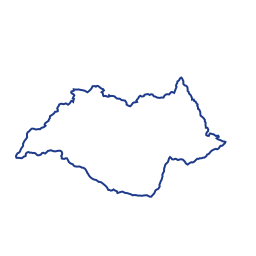 Urubici, Santa Catarina, Brazil (Mercator projection), rotated 199°
{"feature_id": "56859067B49185000150445", "entity_name": "Urubici", "entity_type": "district", "adm_level": 2, "iso_a3": "BRA", "parent_name": "Brazil", "parent_adm1": "Santa Catarina", "projection": "mercator", "projection_center": [-49.57, -28.063], "detail": "fine", "context": "isolated", "style": "outline", "palette": "blue", "viewbox_px": 256, "rotation_deg": 199, "n_neighbors": 0, "source": "geoboundaries", "source_scale": "gbopen_adm2", "svg_char_len": 5019}
<svg xmlns="http://www.w3.org/2000/svg" viewBox="0 0 256 256"><g transform="rotate(199 128 128)"><path d="M224.7,64.6L223.7,63.5L222.2,64.0L220.9,64.4L219.7,64.6L218.5,64.9L217.9,65.9L217.2,67.0L215.7,68.1L216.2,70.6L215.5,71.9L214.3,72.9L212.9,72.7L211.2,73.3L209.7,73.3L208.7,73.9L207.2,73.9L205.8,73.1L204.6,72.8L203.2,73.3L201.8,74.4L201.1,76.3L200.1,77.0L199.1,76.9L197.9,77.0L197.1,78.6L196.2,80.3L194.8,81.1L193.6,81.9L192.1,81.8L190.2,81.9L188.6,82.5L187.1,83.5L185.2,84.3L184.0,84.4L182.9,83.9L181.9,82.5L181.7,81.2L182.1,79.9L181.1,78.9L180.7,77.6L179.5,77.7L178.0,78.1L177.0,79.2L175.7,79.4L174.6,78.3L173.6,77.4L172.8,76.5L171.3,76.0L169.7,75.7L168.5,75.8L167.0,74.7L165.9,74.5L164.2,74.7L162.7,75.3L161.3,75.8L160.1,75.8L158.8,75.5L157.3,75.9L155.3,75.4L154.1,74.5L152.7,73.3L151.7,72.1L150.7,71.6L149.7,70.6L148.6,69.8L147.2,69.1L145.8,68.6L144.3,68.3L143.0,68.2L141.5,68.5L139.8,68.1L138.1,67.5L137.1,67.9L135.6,67.9L133.8,67.3L132.4,66.8L131.4,66.4L130.2,65.9L128.7,65.1L127.7,64.2L126.5,63.0L125.3,63.4L123.9,63.2L122.5,64.0L121.7,65.2L120.6,64.8L119.1,64.6L118.0,64.6L116.8,63.1L115.2,64.3L113.5,65.5L112.3,66.1L111.2,65.9L109.9,65.6L108.7,66.0L106.8,66.2L105.2,66.2L104.1,66.3L102.9,66.1L101.6,65.9L100.7,66.5L99.5,66.9L98.1,67.2L96.6,67.3L95.2,67.9L93.8,68.1L92.5,68.6L91.4,69.2L89.5,70.1L88.0,70.6L86.4,70.3L84.8,70.2L83.6,70.7L82.9,72.7L82.2,74.0L81.8,75.3L81.8,76.6L81.7,77.9L80.9,79.1L79.7,80.1L79.3,81.3L79.0,83.0L79.8,84.5L79.7,86.6L79.7,88.4L79.4,89.7L79.5,91.6L79.6,93.5L80.3,94.9L80.2,96.8L79.8,98.6L80.3,100.3L80.7,101.8L80.6,103.3L80.8,105.1L80.5,106.4L79.9,107.3L79.2,108.8L79.2,110.8L79.3,112.7L78.8,114.2L77.1,113.5L76.2,112.8L74.7,113.1L73.1,114.4L71.6,114.3L70.6,113.9L69.7,114.4L68.3,115.5L66.9,115.9L65.7,115.9L64.2,115.2L62.8,114.4L62.0,113.5L60.9,113.1L59.8,112.8L58.9,114.1L57.7,115.6L56.9,116.3L55.8,116.4L54.8,117.2L54.2,118.2L53.5,119.7L52.5,121.5L51.1,121.8L50.3,122.8L48.8,123.2L47.3,124.4L46.0,125.0L44.8,126.8L44.5,128.7L43.3,129.6L42.7,131.0L42.0,132.9L41.4,133.9L40.4,135.0L39.5,135.9L38.2,136.9L36.7,136.9L35.6,138.2L35.3,139.6L34.7,141.3L33.6,141.6L32.8,142.4L32.3,143.6L31.4,145.2L31.3,146.5L32.5,146.6L33.7,146.2L35.2,146.4L36.4,146.6L37.6,146.6L39.4,146.6L40.9,147.1L40.2,148.2L39.3,149.2L40.1,150.1L41.3,149.7L42.3,149.1L43.6,149.4L44.9,149.9L46.3,149.7L47.5,149.7L48.7,149.5L49.0,148.3L49.0,146.9L50.1,146.5L51.7,146.8L52.2,148.2L52.0,149.5L51.3,151.0L51.6,152.7L53.0,154.0L54.5,153.6L55.1,155.1L55.9,156.5L56.2,158.1L57.6,159.4L57.9,160.6L59.1,161.5L60.1,162.1L61.4,162.7L62.7,163.0L63.6,163.6L64.3,165.2L64.9,166.6L65.8,167.7L66.8,168.7L68.0,168.9L68.4,169.9L68.9,170.9L69.8,171.6L69.8,172.9L71.3,173.7L72.7,175.0L74.1,175.0L75.1,176.3L76.7,175.6L77.1,176.9L78.2,178.2L79.3,179.3L80.3,179.9L81.5,180.5L82.3,181.8L83.7,182.5L84.4,184.5L85.2,186.0L86.2,186.6L87.2,186.9L88.4,186.8L89.9,187.6L90.5,188.9L90.8,190.2L91.9,191.3L92.9,192.4L94.1,193.0L95.0,191.8L95.1,190.5L95.6,189.1L96.4,188.1L96.1,186.6L96.4,185.1L96.4,183.5L95.5,182.7L95.6,180.8L95.7,179.1L95.7,177.6L95.8,176.2L98.0,176.4L99.1,175.7L99.4,174.7L100.1,173.1L101.7,172.8L103.1,172.0L104.1,170.3L104.3,168.4L105.2,168.0L106.4,167.7L107.7,166.8L109.5,166.4L110.9,166.3L112.3,166.6L114.0,166.4L115.5,167.6L117.0,167.5L118.3,166.3L119.9,166.6L121.7,165.8L123.2,164.8L123.3,163.5L124.1,162.8L125.4,162.2L126.9,162.5L127.8,161.0L128.0,159.3L128.6,158.0L129.0,156.6L127.9,155.6L129.3,154.7L130.5,154.3L131.5,153.2L131.9,152.0L132.3,150.5L133.1,149.2L135.5,149.3L137.0,149.7L137.5,151.2L138.6,152.1L139.6,152.9L140.8,152.8L142.0,152.5L143.1,152.3L144.3,152.7L145.3,153.0L146.6,152.6L148.1,152.3L149.6,152.8L151.0,153.5L152.8,153.3L154.0,153.0L155.4,152.3L156.5,152.8L156.5,151.3L157.9,150.9L159.5,151.1L160.6,150.6L161.5,150.2L162.4,151.1L163.2,152.8L164.6,153.3L163.9,154.4L163.0,155.7L164.1,156.6L165.7,156.6L166.9,156.9L168.4,157.5L169.7,157.9L170.9,157.8L171.8,156.6L172.9,156.9L173.9,156.4L175.1,156.0L175.3,153.9L176.0,151.9L177.1,149.9L178.0,148.6L179.3,148.8L180.8,149.1L182.3,149.1L183.4,148.9L185.2,148.6L187.1,148.4L188.5,147.8L189.5,147.5L190.8,147.0L191.9,146.9L191.4,145.7L192.2,144.9L193.4,144.1L193.2,142.9L191.8,142.3L190.4,142.1L189.4,141.5L189.7,139.8L189.8,138.0L188.6,137.9L188.6,136.3L188.4,134.9L189.3,135.3L190.4,135.2L190.7,133.8L191.2,132.2L192.2,130.6L193.5,130.8L194.8,131.0L195.9,130.1L197.1,129.4L198.2,129.4L199.5,129.0L200.7,127.8L200.7,126.3L201.2,124.7L201.3,123.4L200.3,122.4L199.9,121.0L201.1,120.1L202.3,119.5L202.7,117.8L203.5,116.5L204.5,115.1L205.6,113.8L205.1,111.8L205.5,110.5L205.5,108.9L206.3,107.8L207.0,106.8L207.9,105.4L207.9,103.8L206.7,103.3L207.4,102.0L208.3,101.0L209.8,100.1L210.3,99.1L210.9,98.1L211.9,98.0L213.1,97.4L214.6,96.6L216.3,96.6L217.6,96.5L218.8,96.0L219.5,94.8L220.0,93.7L220.5,92.5L221.4,91.4L221.6,89.5L221.0,87.8L220.4,86.4L220.6,85.1L221.2,83.4L221.8,81.7L221.9,80.4L222.1,79.0L221.5,77.4L221.5,76.2L222.1,74.6L222.5,72.6L222.4,71.2L222.8,69.6L224.2,68.1L224.7,66.3L224.7,64.6Z" fill="none" stroke="#1e3a8a" stroke-width="2"/></g></svg>